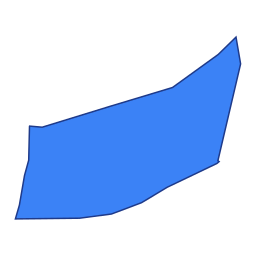 26, Ad Dawhah, Qatar
{"feature_id": "91078587B74187630814278", "entity_name": "26", "entity_type": "district", "adm_level": 2, "iso_a3": "QAT", "parent_name": "Qatar", "parent_adm1": "Ad Dawhah", "projection": "albers", "projection_center": [51.545, 25.271], "detail": "fine", "context": "isolated", "style": "filled", "palette": "blue", "viewbox_px": 256, "rotation_deg": 0, "n_neighbors": 0, "source": "geoboundaries", "source_scale": "gbopen_adm2", "svg_char_len": 382}
<svg xmlns="http://www.w3.org/2000/svg" viewBox="0 0 256 256"><path d="M15.4,218.9L79.5,218.2L111.5,214.0L141.5,202.7L167.3,187.2L217.0,163.4L219.1,161.6L218.7,161.3L217.9,160.7L240.6,63.9L236.0,37.1L222.3,50.5L218.2,54.5L172.5,87.5L110.8,106.1L42.2,127.2L29.6,126.1L29.5,126.4L28.7,160.2L24.5,175.5L19.4,205.1L15.4,218.9Z" fill="#3b82f6" stroke="#1e3a8a" stroke-width="1.5"/></svg>